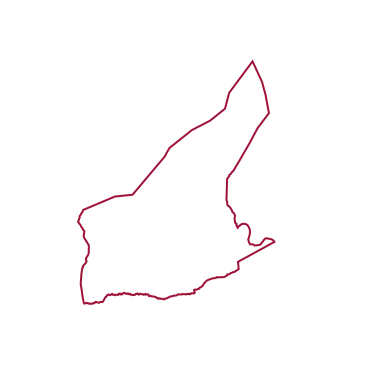 the district of Bo'xmoron, Uvs, Mongolia, rotated 292°
{"feature_id": "93677404B1133858650203", "entity_name": "Bo'xmoron", "entity_type": "district", "adm_level": 2, "iso_a3": "MNG", "parent_name": "Mongolia", "parent_adm1": "Uvs", "projection": "natural_earth1", "projection_center": [90.299, 49.813], "detail": "fine", "context": "isolated", "style": "outline", "palette": "rose", "viewbox_px": 384, "rotation_deg": 292, "n_neighbors": 0, "source": "geoboundaries", "source_scale": "gbopen_adm2", "svg_char_len": 5541}
<svg xmlns="http://www.w3.org/2000/svg" viewBox="0 0 384 384"><g transform="rotate(292 192 192)"><path d="M134.6,97.8L133.9,97.8L133.2,97.9L131.5,97.7L130.1,97.3L129.4,97.4L127.7,96.9L127.1,96.9L126.4,97.4L125.5,97.5L124.5,97.3L123.9,97.5L123.4,97.5L122.7,97.7L121.7,97.5L120.5,99.2L119.7,100.9L118.5,102.1L117.1,104.3L116.6,104.6L115.3,106.9L110.5,108.1L109.9,108.5L109.0,109.4L104.1,116.1L102.3,117.0L99.4,118.0L98.2,118.6L95.8,119.3L95.3,119.3L90.7,118.6L89.4,119.1L88.9,119.9L88.0,120.0L87.2,120.3L82.4,118.6L81.5,119.1L80.7,119.1L80.0,118.8L74.2,120.3L65.1,123.2L62.0,125.1L52.9,130.4L48.9,133.1L48.4,133.6L48.2,134.0L48.3,134.3L48.6,134.5L48.9,134.8L49.0,135.0L49.3,135.3L49.6,135.6L49.6,135.8L49.9,136.7L49.8,136.8L49.9,137.0L49.8,137.3L50.0,137.5L49.8,137.9L49.9,138.4L50.1,138.7L50.1,139.3L50.5,139.5L50.6,140.0L50.5,140.3L50.8,140.9L51.1,141.1L51.4,141.7L51.8,141.9L51.8,142.0L51.9,142.3L52.0,142.4L52.0,142.5L52.3,142.6L52.3,142.8L52.6,142.8L52.9,143.0L53.0,143.3L53.5,143.6L53.5,143.9L53.7,144.0L54.0,144.0L54.2,144.6L54.1,144.9L54.2,145.5L54.3,145.7L54.3,146.0L54.2,146.2L54.2,146.7L54.9,147.7L55.7,148.1L55.8,148.3L56.1,149.5L56.4,150.0L57.3,150.6L59.2,150.7L60.5,151.0L61.3,151.0L61.6,151.1L62.2,151.2L62.7,151.7L62.9,151.8L63.5,151.9L64.2,151.8L64.5,151.9L64.8,152.4L65.3,152.7L65.4,152.9L65.8,153.2L65.8,153.3L65.5,153.7L65.5,154.1L65.5,154.3L66.6,155.5L66.8,155.7L67.4,155.9L67.6,156.1L67.6,156.3L67.5,156.6L67.0,156.7L67.0,156.9L67.3,157.4L67.4,158.0L67.6,158.6L67.6,158.8L67.4,159.2L67.4,159.3L67.9,159.8L68.3,160.3L68.9,160.9L68.8,161.7L68.9,162.1L69.2,162.3L70.3,162.4L70.9,163.2L70.9,163.3L70.9,163.5L70.4,163.8L70.3,164.1L70.7,164.5L70.8,164.7L70.7,165.3L70.9,165.5L71.9,165.6L72.4,166.3L73.0,166.7L73.0,166.9L72.7,167.1L72.7,167.3L73.2,168.0L73.2,168.5L73.0,169.2L73.0,169.7L73.2,170.0L73.8,170.3L74.0,171.1L73.9,171.3L73.6,171.5L73.6,171.9L73.7,172.5L74.2,172.9L74.0,173.0L73.8,173.4L73.9,174.0L74.1,174.4L74.3,175.2L74.2,175.9L74.7,176.5L75.1,177.0L75.2,177.5L75.4,177.7L75.8,177.7L76.1,177.9L76.4,178.0L76.5,178.1L76.5,178.6L76.8,179.1L77.4,179.3L77.4,179.5L77.5,180.1L77.5,180.4L76.9,180.8L76.9,181.1L77.1,181.3L77.6,181.5L77.8,181.8L78.3,182.1L78.3,183.9L78.9,184.8L78.7,185.4L78.6,185.7L78.8,185.9L79.3,186.1L79.5,186.6L79.9,187.0L79.5,187.7L79.6,187.8L80.0,188.0L80.2,188.6L80.3,188.8L80.5,189.0L80.6,189.3L80.6,189.5L80.5,190.0L80.3,190.2L80.1,190.4L79.7,190.7L79.5,190.9L79.4,191.1L79.4,191.3L79.5,191.5L80.1,192.0L80.2,192.5L80.1,193.8L80.2,194.0L80.3,194.6L80.8,195.3L80.8,196.2L81.0,196.9L81.0,197.3L80.8,198.0L80.9,198.3L80.9,198.7L80.6,199.4L80.7,200.0L80.3,200.4L80.3,200.5L80.6,200.8L81.1,201.0L81.0,201.5L81.0,202.0L81.4,202.7L81.3,203.0L81.3,203.4L81.4,203.5L81.7,203.9L82.0,204.8L81.8,205.9L82.1,206.4L82.2,206.5L83.1,206.9L83.4,207.6L84.0,208.6L85.1,209.3L85.5,209.7L85.6,210.1L85.8,210.2L86.7,210.7L87.0,211.1L88.0,212.6L88.4,213.4L88.6,213.7L89.3,214.1L89.8,215.7L90.7,216.7L91.4,217.1L91.8,217.4L91.9,217.6L92.1,218.2L92.4,218.9L92.9,220.3L93.1,220.8L93.8,221.1L93.8,221.3L93.9,222.2L94.5,223.1L94.6,223.7L94.7,224.1L94.7,224.9L94.8,225.0L95.5,225.3L95.7,226.0L96.0,226.5L96.2,226.9L96.6,227.4L96.5,227.8L96.2,227.9L96.3,228.2L97.2,229.1L97.9,229.4L98.1,229.6L98.2,230.2L98.5,230.9L98.6,231.7L98.8,232.1L99.7,232.2L100.2,232.0L100.9,231.5L101.7,230.6L101.8,230.6L102.1,230.6L102.4,231.0L102.6,231.6L103.3,233.0L103.6,233.3L104.3,233.6L104.5,233.9L104.8,234.8L105.1,235.0L106.1,234.9L106.7,235.3L106.8,235.6L107.2,236.0L109.4,237.1L110.0,237.3L110.5,237.2L111.4,237.3L114.2,238.4L115.9,239.3L117.1,240.6L117.6,240.9L117.7,241.3L117.9,241.7L119.7,243.4L119.9,243.8L120.2,244.5L120.4,245.0L120.8,245.5L121.4,246.2L121.5,246.5L121.8,246.7L122.2,246.8L122.6,247.3L122.5,247.7L122.5,248.0L122.7,248.4L123.6,250.0L123.7,250.7L124.2,251.4L124.7,252.9L125.6,254.1L126.1,254.5L126.8,254.9L127.5,255.7L127.9,255.8L128.8,255.6L129.0,256.0L129.3,256.8L129.5,257.2L130.4,257.7L131.3,258.3L131.5,258.7L131.9,259.1L132.2,259.4L132.9,259.8L133.2,260.4L133.5,261.0L133.8,261.3L134.7,261.8L136.0,262.8L138.1,264.1L144.5,260.8L176.6,287.1L177.0,286.6L177.5,285.8L177.6,285.4L177.7,284.8L177.9,284.0L177.8,282.2L177.3,280.3L177.2,279.3L177.2,278.7L177.0,278.4L176.9,278.1L176.4,277.5L176.0,277.2L175.4,277.1L174.7,276.7L174.2,276.5L173.0,276.4L172.2,276.1L171.2,275.8L170.2,275.4L169.4,275.3L168.9,275.1L167.6,273.4L167.3,272.8L166.8,272.0L166.4,271.1L165.8,270.1L165.8,269.7L166.2,269.0L166.1,267.3L166.0,267.0L165.5,266.4L165.2,265.5L165.4,265.2L166.5,263.9L167.3,263.2L169.2,261.9L169.5,261.8L170.8,261.9L172.0,261.7L174.8,261.3L175.7,261.1L176.4,260.7L177.6,260.3L178.5,259.8L179.5,259.1L180.3,258.3L182.1,255.8L182.3,254.6L182.4,253.9L182.3,253.2L182.0,252.0L181.5,251.1L180.9,250.2L180.5,249.8L180.1,249.7L179.7,249.4L179.3,249.1L177.6,248.2L175.9,247.6L176.0,247.5L176.3,247.4L176.5,247.4L177.1,247.2L177.1,246.3L177.6,246.0L177.8,245.6L178.1,245.4L178.5,245.5L178.9,245.4L179.0,245.1L179.6,244.3L179.7,243.5L179.9,243.2L180.3,243.2L183.5,241.3L185.9,240.9L186.8,240.3L187.8,239.0L188.1,238.5L188.3,237.8L188.7,237.0L189.5,236.1L190.1,235.7L192.0,233.1L192.7,231.1L192.9,230.2L193.2,229.6L196.2,228.2L197.6,226.9L217.2,219.7L218.3,219.8L219.4,220.2L220.6,220.5L221.8,220.2L222.9,221.0L223.7,221.3L224.5,221.3L227.7,222.6L228.9,222.6L229.7,222.9L230.5,222.9L237.9,224.1L258.9,227.1L275.9,228.9L293.9,233.8L309.6,223.8L320.3,215.7L335.8,199.2L297.9,189.3L281.6,191.4L265.0,182.1L249.4,168.7L224.4,154.6L214.6,153.4L167.2,137.9L158.9,122.2L134.6,97.8Z" fill="none" stroke="#9f1239" stroke-width="2"/></g></svg>